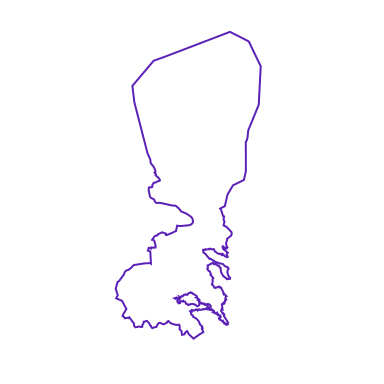 Fuossko smj 2, Nordland, Norway (Mercator projection), rotated 247°
{"feature_id": "86288312B90819759899265", "entity_name": "Fuossko smj 2", "entity_type": "district", "adm_level": 2, "iso_a3": "NOR", "parent_name": "Norway", "parent_adm1": "Nordland", "projection": "mercator", "projection_center": [15.387, 67.235], "detail": "fine", "context": "isolated", "style": "outline", "palette": "violet", "viewbox_px": 384, "rotation_deg": 247, "n_neighbors": 0, "source": "geoboundaries", "source_scale": "gbopen_adm2", "svg_char_len": 5869}
<svg xmlns="http://www.w3.org/2000/svg" viewBox="0 0 384 384"><g transform="rotate(247 192 192)"><path d="M82.2,102.3L82.2,104.4L81.7,106.5L82.9,107.7L84.4,110.3L84.1,111.4L81.6,113.7L81.2,114.7L81.5,117.8L82.4,118.7L82.4,120.0L80.6,120.5L78.5,122.1L75.8,125.6L74.9,128.3L73.1,128.2L70.3,126.9L68.2,128.0L64.4,127.0L63.9,129.6L65.2,130.7L65.9,133.1L62.1,133.6L56.4,136.2L57.9,142.8L58.6,147.7L62.3,147.6L63.5,148.3L63.2,148.6L64.6,148.8L66.0,147.9L68.5,147.5L69.4,147.9L72.4,147.1L74.7,146.0L76.3,144.4L77.8,144.5L79.6,143.5L81.2,143.8L81.4,144.4L83.0,143.7L83.1,144.9L83.5,145.7L82.7,146.3L82.3,144.7L82.0,144.3L82.6,146.2L82.1,147.2L82.4,147.6L82.1,148.2L82.3,149.4L81.9,149.5L81.7,150.6L81.4,150.7L81.8,150.9L81.5,151.5L81.3,151.5L81.3,151.9L80.9,151.7L80.7,152.2L80.7,153.2L80.0,154.2L79.8,155.6L80.0,156.3L79.7,157.0L79.4,157.0L78.9,158.5L79.0,159.1L79.4,159.4L79.4,159.8L78.8,160.5L78.4,159.9L78.5,159.6L76.9,162.0L78.4,161.3L78.4,161.9L78.1,161.9L79.1,162.3L82.4,161.0L83.4,159.5L85.5,158.0L85.4,157.3L85.9,157.0L86.4,155.1L85.0,154.4L84.8,153.2L84.8,152.1L87.2,150.9L87.1,150.6L88.5,149.3L89.4,146.9L89.5,145.6L89.2,145.6L89.5,144.2L90.7,143.9L91.4,142.8L93.4,142.9L94.1,142.5L94.5,141.4L95.3,141.4L95.1,140.4L95.4,140.4L95.9,138.5L94.4,137.5L94.8,136.1L95.9,136.0L96.1,136.4L96.6,135.7L97.8,136.0L98.4,136.9L98.2,137.9L97.8,138.2L98.3,138.5L99.6,137.2L100.3,135.8L100.6,135.9L100.3,135.0L100.8,134.6L100.7,135.2L101.0,135.2L100.9,135.6L100.7,136.2L100.4,136.0L100.5,136.7L99.0,139.5L100.2,139.5L99.7,139.8L99.7,140.5L100.0,140.6L100.1,141.7L99.9,142.1L100.1,142.1L99.9,143.3L100.3,144.2L100.3,144.7L100.5,144.7L100.4,145.8L99.9,146.0L99.7,147.2L99.2,147.4L99.3,147.9L100.1,148.8L100.2,151.3L99.8,151.5L100.0,151.7L99.3,152.6L97.2,153.4L96.7,154.3L94.0,155.8L93.2,155.5L93.1,154.6L92.1,155.6L91.4,155.5L91.1,156.2L90.6,156.0L90.3,155.4L89.7,156.6L88.9,156.5L88.5,155.5L87.8,155.5L85.1,158.6L84.5,159.8L83.0,160.5L83.0,161.7L82.7,161.7L82.7,162.6L82.3,162.6L82.4,163.2L81.8,163.5L81.8,164.0L79.7,164.8L78.6,164.0L78.7,163.8L78.4,162.8L77.3,163.1L77.2,163.8L76.4,164.0L75.2,163.4L75.8,164.2L75.7,164.8L74.1,165.1L74.0,165.7L73.2,165.6L73.1,164.8L72.6,165.5L72.0,165.1L71.6,165.3L71.4,166.2L70.2,166.9L70.8,166.9L70.8,167.7L71.0,168.0L69.1,168.2L67.0,169.3L67.0,169.8L65.5,169.4L65.5,168.5L65.2,168.5L65.2,167.4L64.0,167.4L62.2,169.0L61.0,169.4L61.2,169.7L60.7,169.9L60.9,170.2L58.7,170.3L58.9,170.6L58.1,170.8L58.0,171.5L56.4,171.6L56.2,173.3L57.2,173.3L57.6,174.2L65.2,173.0L66.0,173.5L67.0,173.2L67.0,173.7L68.2,173.5L68.7,172.7L71.4,172.4L72.3,173.2L72.1,173.8L72.5,174.0L72.1,174.3L77.0,175.6L77.5,177.2L76.6,177.1L76.5,177.6L77.3,178.9L78.4,179.2L78.6,179.9L79.5,180.2L79.5,180.9L80.0,180.6L80.4,181.0L80.1,181.0L80.1,181.4L81.5,181.3L82.6,182.5L82.6,183.0L84.9,182.2L85.1,181.3L86.3,181.2L86.7,181.7L92.9,181.3L93.3,180.8L93.3,180.1L94.5,179.9L94.5,179.2L94.3,178.5L94.5,178.2L94.5,176.3L94.9,176.3L95.3,175.1L97.6,175.1L99.1,174.1L101.2,175.9L103.8,176.9L104.4,178.0L107.3,177.0L108.6,177.2L108.7,176.8L110.1,177.4L112.1,177.3L112.8,176.5L114.8,176.1L115.4,176.1L115.8,176.9L118.1,177.7L117.9,177.9L118.4,179.6L118.6,182.6L118.4,182.6L118.4,183.3L116.9,184.2L116.8,185.1L116.4,185.0L115.8,186.3L114.4,186.7L113.9,187.6L113.5,187.6L113.5,188.0L111.6,188.1L111.2,188.7L106.9,187.4L101.9,188.0L101.5,188.7L100.3,189.0L99.2,190.0L98.2,189.9L97.2,193.0L98.1,193.6L100.0,192.7L104.4,193.2L106.4,194.4L106.9,195.5L107.5,195.9L109.1,195.3L109.7,194.3L111.3,193.1L113.8,192.2L115.3,189.8L117.8,187.1L117.4,187.0L117.8,186.0L119.6,185.5L119.5,185.2L119.8,184.8L120.3,185.1L122.7,183.4L124.0,182.3L123.8,181.9L130.2,180.0L131.8,178.9L134.0,179.4L134.3,179.6L134.0,180.1L134.1,180.3L133.9,180.3L133.9,180.9L133.5,181.7L133.9,182.4L132.9,184.3L132.9,185.5L133.7,185.9L132.5,185.9L132.6,186.8L131.6,187.7L131.0,189.0L131.2,189.4L131.1,189.6L128.2,190.0L126.3,191.1L124.3,192.8L124.3,193.7L122.0,195.0L122.1,195.5L121.6,195.9L123.4,195.3L123.4,195.5L123.0,195.5L122.7,196.2L120.1,197.1L119.5,197.6L119.2,198.4L118.5,198.5L118.2,199.2L118.3,199.6L121.0,199.5L121.7,200.0L121.8,201.3L121.4,201.7L127.2,198.5L127.6,198.4L128.0,199.0L129.2,198.7L129.0,199.4L129.4,199.6L127.2,200.5L126.5,200.9L126.5,201.6L127.3,201.4L127.2,202.9L129.8,202.8L131.7,203.4L133.9,205.4L135.1,205.9L136.5,210.8L137.7,212.1L139.5,212.7L146.3,210.2L148.9,208.0L152.2,210.4L154.1,210.2L157.0,212.0L157.8,211.2L163.6,211.8L165.8,211.4L166.1,216.7L175.7,223.6L182.1,232.3L182.8,244.5L190.1,249.7L217.3,261.2L218.0,262.5L220.8,264.6L226.7,267.8L246.2,287.5L280.9,304.4L308.4,303.1L324.6,289.5L327.1,220.8L327.8,208.0L313.0,178.6L297.1,174.0L245.2,166.2L238.4,166.3L234.6,165.3L230.0,166.6L227.6,166.7L225.1,166.4L224.6,165.1L222.6,165.8L221.7,165.0L217.0,167.1L215.1,167.0L215.0,166.8L215.2,163.8L214.9,162.2L215.4,160.3L213.7,158.0L212.5,157.7L212.2,157.2L212.2,156.4L213.1,154.3L213.0,154.0L210.5,152.8L204.3,151.5L202.6,151.9L200.2,154.1L197.6,154.1L195.9,154.9L194.6,158.0L193.4,160.0L187.7,167.9L185.7,171.6L181.9,173.5L178.4,174.4L174.2,178.5L169.8,181.3L167.7,182.0L164.5,181.5L163.0,180.2L162.3,177.3L165.1,168.2L166.8,165.1L162.4,162.1L162.2,158.3L162.2,152.4L162.6,151.2L163.9,151.7L166.6,148.7L166.3,143.9L165.5,143.1L166.0,141.6L165.8,140.2L163.6,136.7L162.9,137.8L161.5,138.2L157.2,137.6L155.2,136.8L155.8,135.8L155.5,135.2L156.9,132.9L155.9,132.3L157.5,130.4L155.3,128.5L153.6,130.4L142.1,126.2L142.9,125.7L144.9,120.2L147.5,109.9L145.8,105.8L145.1,102.6L145.5,100.9L144.6,98.9L142.5,96.8L138.5,90.0L138.2,88.3L132.6,83.9L126.1,83.4L123.8,80.7L119.1,85.1L109.9,85.9L106.4,81.0L105.0,79.6L103.5,80.7L102.0,80.8L101.4,83.6L100.8,84.1L101.2,85.3L93.6,87.2L91.5,86.4L89.6,87.0L89.1,89.0L89.1,90.1L87.5,92.7L87.4,93.6L88.5,94.0L90.8,96.7L91.5,96.9L91.1,98.6L91.2,99.3L91.0,100.1L88.1,101.3L85.7,101.3L84.9,101.9L83.4,101.7L82.2,102.3Z" fill="none" stroke="#5b21b6" stroke-width="2"/></g></svg>